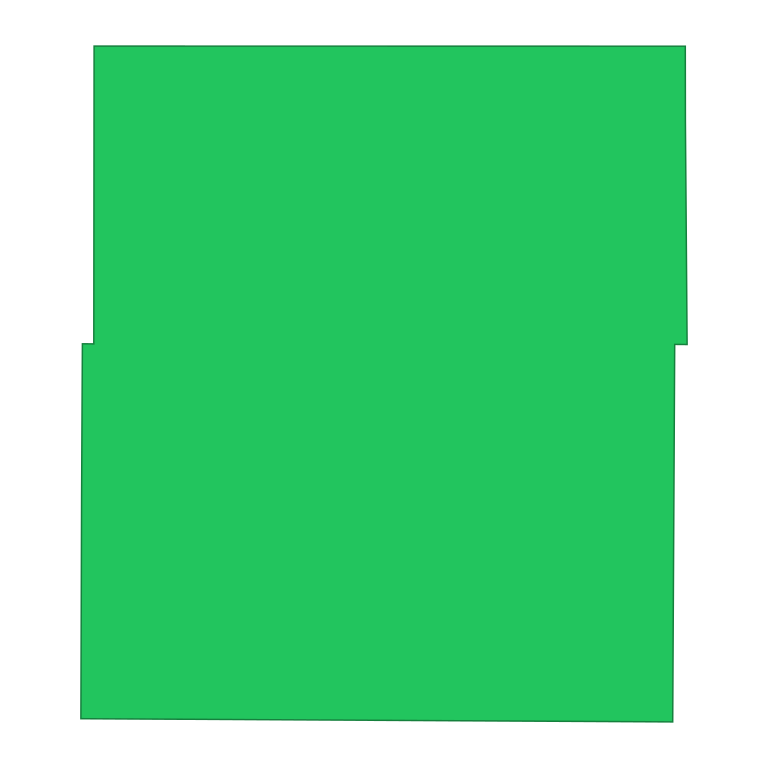 outline of Coffey, Kansas, United States of America
{"feature_id": "52423323B11370315418509", "entity_name": "Coffey", "entity_type": "district", "adm_level": 2, "iso_a3": "USA", "parent_name": "United States of America", "parent_adm1": "Kansas", "projection": "albers", "projection_center": [-95.754, 38.236], "detail": "fine", "context": "isolated", "style": "filled", "palette": "green", "viewbox_px": 768, "rotation_deg": 0, "n_neighbors": 0, "source": "geoboundaries", "source_scale": "gbopen_adm2", "svg_char_len": 256}
<svg xmlns="http://www.w3.org/2000/svg" viewBox="0 0 768 768"><path d="M81.6,495.4L80.9,718.7L672.7,721.9L674.7,344.4L687.1,344.5L685.4,120.8L685.3,46.2L94.1,46.1L93.8,343.9L82.4,343.8L81.6,495.4Z" fill="#22c55e" stroke="#15803d" stroke-width="1.5"/></svg>